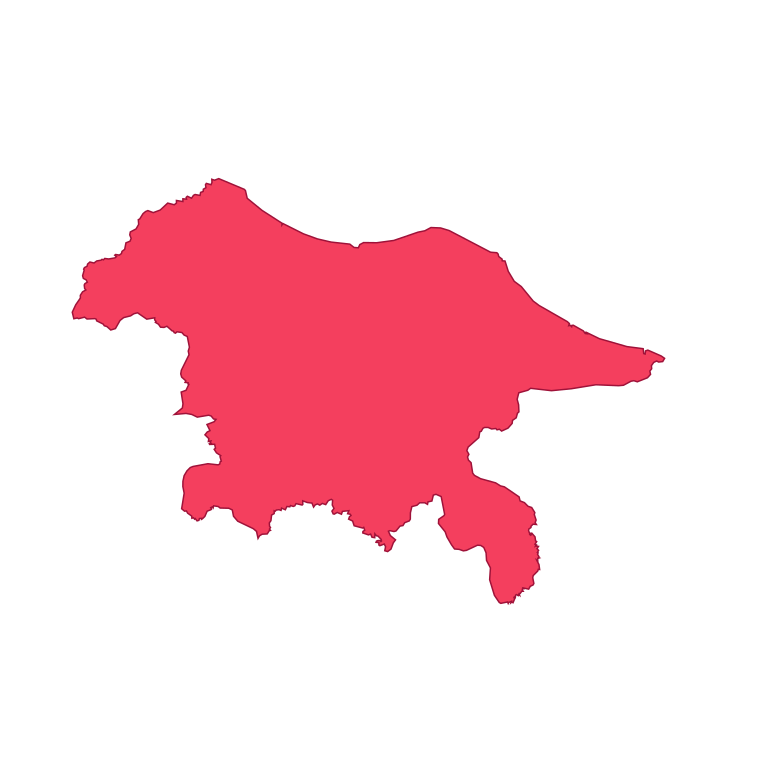 Malaka, Nusa Tenggara Timur, Indonesia, rotated 252°
{"feature_id": "22746128B56140662064287", "entity_name": "Malaka", "entity_type": "district", "adm_level": 2, "iso_a3": "IDN", "parent_name": "Indonesia", "parent_adm1": "Nusa Tenggara Timur", "projection": "orthographic", "projection_center": [124.848, -9.546], "detail": "fine", "context": "isolated", "style": "filled", "palette": "rose", "viewbox_px": 768, "rotation_deg": 252, "n_neighbors": 0, "source": "geoboundaries", "source_scale": "gbopen_adm2", "svg_char_len": 6171}
<svg xmlns="http://www.w3.org/2000/svg" viewBox="0 0 768 768"><g transform="rotate(252 384 384)"><path d="M327.9,153.0L324.7,155.0L324.3,156.9L321.9,157.3L317.8,160.3L315.7,159.8L315.7,161.4L314.0,162.1L314.4,162.9L311.6,163.9L311.5,165.8L313.1,166.9L312.6,169.0L311.7,168.7L311.9,169.6L313.4,172.7L317.7,176.5L317.9,180.5L318.4,181.4L319.9,181.0L320.2,182.8L319.0,183.2L320.8,184.3L318.7,188.5L316.7,189.8L313.8,198.0L311.1,200.8L304.7,200.0L298.7,202.5L286.8,215.0L283.2,217.2L276.1,216.5L278.1,218.7L278.8,221.7L277.5,226.6L279.9,229.5L279.9,230.8L281.4,230.2L282.6,231.7L284.1,231.2L287.3,232.0L288.9,234.2L294.1,236.6L294.7,239.5L297.3,240.4L296.6,241.1L297.4,242.6L296.9,245.3L295.6,247.0L297.6,248.2L294.9,251.3L297.5,253.8L296.3,256.5L297.3,257.5L295.6,259.9L295.7,261.5L297.4,263.4L294.2,268.7L294.6,269.6L298.0,270.6L295.0,274.4L293.0,278.7L288.7,279.0L290.3,281.2L290.5,283.6L288.6,285.5L289.5,288.4L287.3,291.3L290.2,294.9L290.6,298.2L289.3,299.2L284.9,297.4L281.1,298.0L279.2,295.2L276.2,295.5L275.6,296.5L276.3,299.8L273.3,303.3L275.7,305.1L274.4,311.4L271.9,309.3L270.5,311.7L269.1,312.0L268.5,310.2L266.4,308.6L263.4,311.8L258.4,311.8L253.6,319.2L253.9,320.4L250.9,320.5L250.3,318.4L248.9,317.8L245.3,322.6L245.4,324.9L242.0,325.2L240.7,327.7L244.3,329.0L242.0,329.9L241.2,331.3L237.1,333.3L235.4,333.1L235.1,332.4L236.4,331.8L237.0,329.7L236.9,328.3L235.9,327.5L234.7,330.1L232.4,329.4L231.5,330.1L231.7,334.8L228.8,335.2L225.2,333.2L223.5,335.7L224.8,339.6L230.1,343.8L232.2,346.8L237.9,343.2L242.6,342.7L242.7,344.3L240.6,347.9L240.5,350.0L243.9,355.3L243.5,358.3L245.7,360.8L246.0,365.8L247.4,367.3L253.3,369.3L258.8,372.6L258.5,377.9L260.0,381.2L258.4,386.1L256.1,388.2L258.3,389.4L257.9,393.4L263.1,396.6L263.0,399.4L259.3,403.6L241.3,401.4L240.3,400.5L238.4,394.2L234.5,392.7L224.5,396.5L219.1,396.6L210.3,398.5L205.3,400.1L203.5,404.4L200.8,407.9L200.3,411.0L201.8,423.1L200.5,426.2L197.7,428.4L191.9,428.9L184.5,427.0L176.2,428.4L165.2,424.0L148.9,423.7L140.6,426.1L139.3,427.3L138.5,434.2L136.9,434.3L137.7,435.2L137.9,438.0L136.7,437.2L137.1,438.2L136.1,439.1L139.2,441.8L140.7,441.6L141.2,442.1L140.3,442.9L142.5,443.9L142.8,444.9L140.7,446.7L142.0,446.3L142.2,447.1L141.2,447.7L143.0,447.8L142.8,448.9L144.3,451.0L143.9,452.3L145.4,451.9L146.4,452.4L146.1,453.6L147.0,453.4L144.2,458.2L146.4,460.6L146.8,463.7L148.0,464.9L153.8,465.6L155.7,466.7L158.6,472.4L160.1,473.5L159.5,474.7L164.4,475.6L169.3,474.8L168.3,475.6L170.6,476.2L170.6,478.0L171.3,477.3L171.9,478.0L174.5,477.4L175.8,478.4L176.4,477.8L178.0,479.6L180.1,478.6L181.8,480.7L182.6,479.1L183.4,479.3L183.1,478.0L184.2,478.9L185.0,478.1L186.9,480.5L188.0,479.7L192.0,480.4L195.9,478.7L194.8,476.8L195.8,476.1L196.7,477.5L197.0,476.3L199.8,476.2L201.3,476.9L202.1,479.4L203.3,479.9L204.6,482.4L203.3,485.5L205.4,484.9L207.6,486.6L213.4,486.6L215.1,487.7L220.9,486.3L223.2,483.2L227.8,480.9L230.8,477.3L234.9,477.6L249.0,466.7L251.1,463.3L255.5,459.6L264.1,446.6L269.1,441.8L271.8,440.8L282.3,442.5L285.5,440.8L288.8,440.9L290.9,443.0L295.0,442.2L298.0,444.5L303.7,457.6L308.9,460.3L309.0,461.9L311.3,464.4L311.6,466.2L310.5,469.6L308.0,472.4L307.1,476.6L305.5,477.3L305.3,479.8L302.9,481.3L303.7,488.3L306.9,493.7L309.7,495.0L311.0,499.3L315.0,501.9L315.8,503.7L322.6,505.6L328.3,505.9L334.0,509.5L333.6,518.9L334.6,522.1L325.9,541.2L321.6,560.7L317.8,585.3L309.9,606.6L308.8,611.4L310.3,619.8L309.9,622.7L307.8,625.6L308.5,636.5L310.8,640.5L314.1,640.8L315.8,643.3L318.8,644.0L321.2,647.2L321.6,650.4L320.0,652.0L319.2,656.0L321.7,658.8L325.0,656.3L334.7,645.4L334.7,643.0L331.8,641.6L332.7,640.4L337.5,641.4L344.5,626.6L360.5,602.9L370.8,592.2L370.9,591.4L369.2,592.3L369.8,591.0L372.9,590.0L381.4,582.2L381.7,580.9L380.5,580.2L382.3,579.3L382.4,577.7L384.2,579.0L386.7,577.6L410.7,555.8L416.8,551.5L434.2,544.7L441.4,539.6L452.7,537.0L463.6,537.1L464.6,534.5L466.3,534.9L469.8,532.5L472.3,532.7L474.0,531.9L476.4,526.1L509.8,493.4L514.9,486.1L518.3,477.0L517.1,470.2L517.9,463.3L517.5,437.7L520.6,420.7L524.8,408.3L524.1,404.1L521.5,401.7L523.1,397.7L527.6,394.7L535.3,377.6L542.7,365.3L551.7,353.8L567.8,337.5L566.8,336.1L568.4,336.7L586.9,321.6L602.9,311.3L610.8,312.0L612.3,311.3L630.4,290.3L630.2,285.8L631.9,283.5L628.9,282.7L627.0,281.1L629.7,277.0L628.7,275.8L625.7,275.3L625.1,272.4L623.0,271.5L622.9,268.8L620.2,267.3L622.6,262.9L622.3,261.1L620.2,258.4L623.3,255.0L622.6,253.5L620.8,253.3L622.3,250.0L619.7,249.1L622.7,243.3L620.2,242.5L619.3,239.9L622.9,234.2L618.6,224.9L618.3,217.5L621.9,213.0L621.7,210.5L620.5,207.5L616.4,202.6L616.2,201.1L611.6,200.0L608.1,196.1L607.0,189.7L604.4,188.3L600.6,188.5L598.3,186.6L598.0,182.2L592.2,179.0L591.1,175.8L589.2,174.6L588.4,172.1L590.1,168.8L589.7,167.7L587.8,168.9L587.1,167.1L588.0,160.8L589.7,157.2L588.8,155.6L589.7,154.3L589.2,153.1L589.8,148.8L588.7,145.6L590.9,142.0L589.7,139.2L587.7,137.9L587.3,135.1L586.0,133.8L584.9,134.0L580.1,130.8L577.3,130.7L575.1,132.9L572.5,133.3L571.9,130.6L570.8,129.5L567.4,128.8L565.6,129.5L564.8,125.8L562.2,122.6L559.6,121.8L554.6,115.3L548.6,109.7L541.9,109.2L541.6,112.6L540.5,113.8L540.1,119.9L537.6,121.6L535.5,129.3L534.4,130.4L532.9,130.2L527.8,135.4L525.8,136.0L524.3,138.2L519.8,140.8L519.7,145.7L526.0,152.6L527.6,157.0L527.1,164.1L528.1,167.7L527.9,171.6L519.0,178.4L517.8,186.4L515.9,185.7L514.0,186.5L513.3,185.6L510.5,188.0L507.1,189.0L505.8,192.2L506.0,195.4L500.0,198.9L499.3,200.1L497.7,200.3L496.8,201.4L497.6,203.3L495.4,207.7L492.3,209.0L490.0,211.6L479.1,210.3L475.8,208.0L472.1,207.6L459.7,195.5L456.4,193.8L453.1,193.7L448.2,196.5L447.0,195.3L445.7,198.1L444.7,197.6L444.0,198.3L439.2,193.8L439.0,188.6L427.3,186.7L423.5,184.8L419.8,175.3L417.2,186.6L414.5,191.7L410.2,196.2L408.5,207.6L407.0,209.7L403.4,211.1L402.3,213.3L400.6,210.8L400.2,203.1L393.4,204.1L393.0,201.1L391.0,198.0L386.2,200.5L383.6,199.2L383.3,201.8L382.0,200.6L380.6,201.5L381.1,199.4L380.4,199.5L379.0,204.3L375.0,203.9L374.4,202.3L370.3,203.4L366.3,206.6L365.6,205.6L360.9,205.4L360.8,204.3L358.6,203.0L358.4,201.2L362.6,191.9L364.6,176.9L364.4,173.9L362.3,169.8L358.6,165.6L353.6,162.7L348.6,161.0L341.9,160.2L327.9,153.0Z" fill="#f43f5e" stroke="#9f1239" stroke-width="1.5"/></g></svg>